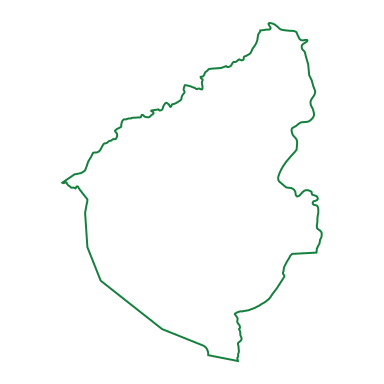 the district of Meambar, Comayagua, Honduras
{"feature_id": "27666195B59484840238498", "entity_name": "Meambar", "entity_type": "district", "adm_level": 2, "iso_a3": "HND", "parent_name": "Honduras", "parent_adm1": "Comayagua", "projection": "orthographic", "projection_center": [-87.769, 14.843], "detail": "fine", "context": "isolated", "style": "outline", "palette": "green", "viewbox_px": 384, "rotation_deg": 0, "n_neighbors": 0, "source": "geoboundaries", "source_scale": "gbopen_adm2", "svg_char_len": 5912}
<svg xmlns="http://www.w3.org/2000/svg" viewBox="0 0 384 384"><path d="M237.9,361.0L237.3,357.9L238.2,356.4L238.2,355.6L238.1,354.3L238.7,352.5L238.9,351.1L238.6,348.2L238.5,346.2L238.0,344.3L238.0,343.2L238.2,342.9L238.6,342.4L240.1,341.3L241.1,340.3L241.5,339.3L241.6,338.6L241.4,337.7L240.5,335.6L240.3,334.4L240.2,331.7L239.1,329.3L239.1,328.9L239.6,328.5L239.9,327.8L240.0,327.1L239.8,326.3L239.3,325.0L237.8,323.2L237.3,322.1L237.2,321.6L237.6,318.9L237.6,318.3L236.3,316.2L235.0,314.4L234.8,314.1L234.9,313.8L235.2,313.5L237.1,312.4L240.1,311.4L240.9,311.3L241.9,311.5L243.1,311.1L246.0,310.7L248.7,310.2L250.3,309.6L255.0,307.8L257.1,306.6L258.6,306.0L261.8,303.9L264.9,302.2L268.7,299.2L270.2,297.5L271.2,295.9L273.5,292.6L276.5,288.8L282.4,279.7L284.3,276.6L284.4,276.1L284.3,275.7L283.2,273.9L282.9,273.2L283.0,272.5L283.4,271.6L284.0,267.6L284.4,266.5L287.0,261.5L289.0,258.3L290.4,255.6L292.2,253.9L316.4,252.6L316.7,251.2L316.7,249.4L316.8,248.9L318.1,246.0L319.5,243.5L320.1,239.7L321.3,237.5L321.7,235.3L321.7,233.3L321.6,232.7L321.2,231.9L320.1,230.6L317.3,228.6L317.1,228.3L317.0,227.5L316.8,225.7L317.4,221.9L317.4,218.5L317.6,217.2L317.7,215.7L318.2,213.5L318.3,212.3L318.3,209.3L318.1,208.0L317.6,206.5L317.1,205.8L316.4,205.4L313.6,204.7L313.0,204.1L312.7,203.5L312.8,202.5L313.4,201.4L315.7,200.7L317.0,200.0L317.6,199.4L317.8,198.8L317.7,198.0L317.4,197.3L317.0,196.6L316.3,196.0L312.9,194.9L312.1,194.5L312.0,194.3L311.5,191.8L311.4,191.7L310.1,191.0L308.6,190.4L307.1,190.2L305.6,190.3L304.5,190.6L302.5,192.2L301.2,193.6L300.1,194.9L299.4,195.6L298.0,196.3L297.4,196.4L296.9,196.4L296.3,195.8L295.8,195.0L295.6,194.2L295.5,192.8L295.1,191.3L294.6,190.6L293.7,189.5L292.5,188.6L291.2,188.1L290.2,187.9L287.2,187.6L286.3,187.4L285.8,187.1L279.4,181.7L278.9,181.1L278.6,180.4L278.3,179.6L278.2,178.7L278.2,177.6L278.4,176.3L279.5,173.2L281.3,169.3L283.4,165.8L285.3,163.0L286.3,161.6L291.8,155.2L295.1,151.6L296.6,149.6L297.1,143.8L297.1,141.9L297.0,141.0L296.6,139.7L296.0,138.6L292.9,135.2L292.7,134.8L292.1,133.0L291.6,131.0L291.6,129.7L291.9,128.6L292.6,127.9L296.3,125.8L298.6,123.8L300.5,122.6L302.0,122.2L305.7,122.0L307.2,121.8L308.4,121.5L309.3,121.1L310.7,120.0L312.3,118.4L313.4,116.9L313.9,115.5L314.0,113.7L313.5,111.3L312.8,108.9L311.5,106.5L310.8,104.9L310.6,103.6L310.5,102.1L310.7,101.0L310.9,100.3L311.9,98.6L313.8,95.9L314.5,94.7L315.1,92.6L315.2,91.2L313.2,85.9L311.7,80.3L309.2,75.2L308.2,64.5L305.9,56.5L305.0,52.6L304.7,51.9L304.4,51.4L302.8,49.8L302.2,49.0L301.8,48.1L301.7,47.2L301.8,45.8L301.9,45.3L302.2,44.9L303.3,43.9L306.9,41.5L307.3,40.9L307.4,40.4L307.1,40.0L305.9,39.9L305.1,39.9L303.6,40.3L302.0,40.3L301.2,40.2L300.4,39.7L299.8,39.2L299.3,38.5L297.4,34.6L296.7,32.6L296.2,32.0L295.4,31.6L294.3,31.1L293.2,30.9L290.0,30.8L285.1,30.3L282.4,29.9L281.3,29.6L280.5,29.3L279.6,28.7L276.8,26.1L274.8,24.6L272.4,23.5L270.5,23.1L269.7,23.0L269.0,23.2L268.6,23.5L268.5,23.9L268.6,24.4L270.5,27.6L270.6,28.0L270.5,28.5L270.3,28.9L270.0,29.2L269.6,29.4L268.8,29.6L266.3,29.6L262.2,30.3L260.3,30.4L259.9,31.9L258.2,34.5L257.6,38.2L257.3,40.2L256.3,43.0L255.1,45.2L252.7,48.5L250.8,52.7L249.8,53.8L246.0,56.0L244.8,56.3L244.1,56.7L243.7,57.8L243.7,58.8L243.6,59.4L243.2,59.8L241.9,60.3L241.4,60.3L240.8,60.1L239.2,59.4L237.9,60.2L236.4,61.5L235.9,61.8L235.4,62.0L233.8,61.9L233.5,62.0L232.7,62.8L230.9,65.8L230.2,66.3L229.2,66.8L228.2,67.0L227.3,67.0L226.9,66.8L226.3,66.2L226.0,66.1L224.4,66.8L221.0,68.0L211.2,68.7L209.6,68.9L209.0,69.1L208.5,69.3L207.5,70.6L205.5,72.0L204.8,73.1L204.1,75.0L203.2,76.2L202.5,76.7L201.1,76.7L200.7,76.8L200.7,77.5L201.0,78.2L201.5,78.7L202.4,79.3L202.7,79.9L202.6,80.4L202.3,80.9L202.1,81.4L201.9,82.7L201.9,83.5L202.4,85.8L202.5,88.1L202.1,89.3L201.2,89.4L199.0,88.5L198.0,88.6L197.2,89.1L196.3,89.0L195.9,88.8L195.4,88.3L194.6,87.8L192.0,87.0L191.1,86.5L190.1,86.2L186.9,85.4L185.5,85.2L184.9,85.2L184.7,85.5L184.3,86.5L183.9,88.0L183.6,89.3L183.8,90.2L184.3,90.9L184.5,91.4L184.5,92.4L184.2,93.1L182.9,94.5L182.2,95.6L181.6,97.3L181.4,98.9L181.1,99.6L180.5,100.2L179.0,101.3L176.0,103.1L173.8,104.0L172.7,104.2L172.1,104.4L171.7,104.9L171.4,106.1L170.8,106.8L170.5,106.9L170.1,106.6L168.9,104.6L167.4,103.3L166.6,102.9L165.9,102.9L165.1,103.5L164.0,105.0L163.3,106.5L162.5,109.0L162.1,109.6L161.5,110.0L160.9,110.3L159.6,110.5L159.0,110.1L158.7,109.5L158.4,109.4L154.3,110.1L152.0,110.4L151.3,110.6L151.2,110.8L151.3,111.1L152.7,111.8L153.3,112.3L153.5,112.9L153.5,113.5L153.0,114.0L151.3,115.2L149.8,116.7L149.1,117.2L148.4,117.3L146.0,117.1L145.3,116.9L144.3,116.4L143.1,115.1L142.7,114.9L142.3,114.9L141.8,115.0L141.5,115.3L140.9,117.0L140.1,117.4L139.2,117.5L138.1,117.4L135.7,117.7L133.8,117.7L132.2,117.8L131.8,117.9L131.4,118.3L130.9,118.4L128.4,118.5L126.0,119.4L124.1,119.3L123.4,119.7L122.6,120.6L121.9,121.9L121.2,124.9L121.3,125.9L121.0,126.9L120.0,127.5L116.8,129.1L115.4,130.2L115.1,130.7L115.0,131.0L115.1,131.3L116.7,133.3L117.0,133.8L117.1,134.4L117.1,136.4L116.5,137.8L115.9,138.8L115.6,139.1L115.2,139.2L113.2,139.1L111.1,140.6L110.5,140.8L109.8,140.8L109.2,141.0L108.4,141.7L106.5,143.1L105.6,143.3L104.7,143.4L104.1,143.6L103.7,144.0L102.9,145.1L101.9,146.8L101.2,148.3L100.4,149.7L99.7,150.7L99.2,151.2L98.3,151.8L97.0,152.4L96.2,152.5L94.4,152.5L93.1,152.8L91.0,157.0L88.3,161.4L85.9,168.4L85.1,170.2L84.5,171.0L81.0,173.1L76.1,174.1L74.6,174.3L62.3,182.7L62.9,183.1L63.6,183.1L64.3,182.9L65.8,182.4L66.3,182.4L66.6,182.7L67.3,184.2L68.1,185.2L68.5,185.6L69.9,186.4L70.8,187.4L71.3,187.7L72.2,187.7L73.5,187.6L74.5,187.9L75.2,188.3L75.5,188.4L75.7,188.2L76.5,186.6L77.2,186.4L77.8,186.5L78.1,186.8L78.5,187.7L79.8,189.7L81.4,191.7L83.6,194.6L86.8,198.6L87.3,199.3L87.4,199.9L87.2,202.2L86.7,203.9L85.1,212.9L87.4,247.2L100.7,280.7L162.1,329.1L203.5,345.7L204.9,346.7L206.3,348.0L206.6,348.4L207.6,350.7L208.0,351.9L208.1,352.5L208.3,355.2L237.9,361.0Z" fill="none" stroke="#15803d" stroke-width="2"/></svg>